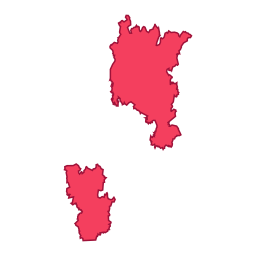 Acatlán, Puebla, Mexico
{"feature_id": "50627088B33588615579105", "entity_name": "Acatlán", "entity_type": "district", "adm_level": 2, "iso_a3": "MEX", "parent_name": "Mexico", "parent_adm1": "Puebla", "projection": "equal_earth", "projection_center": [-98.098, 18.124], "detail": "fine", "context": "isolated", "style": "filled", "palette": "rose", "viewbox_px": 256, "rotation_deg": 0, "n_neighbors": 0, "source": "geoboundaries", "source_scale": "gbopen_adm2", "svg_char_len": 5819}
<svg xmlns="http://www.w3.org/2000/svg" viewBox="0 0 256 256"><path d="M111.4,99.2L113.2,103.3L113.6,103.1L113.2,104.1L113.8,104.4L113.6,103.1L114.4,103.3L114.7,102.7L115.5,104.8L116.4,105.1L116.4,105.9L118.0,106.0L118.1,102.9L118.7,101.6L117.7,100.6L117.3,101.1L117.1,100.2L117.5,98.9L118.7,98.6L118.5,97.1L120.1,98.5L120.1,100.4L122.3,103.8L122.4,104.7L123.9,104.0L124.3,102.6L125.0,103.9L126.7,105.1L128.8,102.8L131.0,101.8L134.9,104.8L133.4,106.6L133.8,107.0L133.8,108.6L135.3,108.3L137.2,110.2L138.6,110.5L139.9,111.8L140.4,113.5L141.2,112.6L147.6,116.0L146.4,117.2L147.0,117.3L147.1,118.4L146.6,117.8L145.5,117.9L146.6,118.5L146.5,119.5L145.9,119.5L145.7,121.7L146.2,122.3L146.8,121.9L147.4,122.7L147.9,122.5L148.4,123.7L149.3,122.7L150.4,123.3L150.6,122.2L151.5,121.9L151.9,122.6L152.3,122.5L152.1,121.2L153.3,120.4L155.0,120.4L157.0,125.4L156.9,127.4L156.3,128.3L155.7,131.6L155.0,131.4L154.6,133.0L154.2,132.9L154.8,133.7L154.1,134.1L154.5,135.0L153.6,135.0L154.2,136.5L152.9,136.3L152.4,137.4L151.5,137.1L150.8,136.0L150.1,140.0L151.6,141.4L151.0,141.9L151.6,142.9L151.2,144.7L152.8,145.2L154.6,144.3L155.0,145.9L154.6,147.1L155.0,148.0L155.7,146.4L156.9,145.7L157.6,146.6L158.5,146.8L158.9,146.3L160.6,148.2L162.4,147.6L163.1,149.3L163.6,148.4L164.5,148.3L164.6,146.6L166.0,145.1L168.5,146.5L168.9,146.6L168.8,145.9L169.4,146.3L169.9,145.9L171.1,147.1L172.0,146.0L172.4,143.9L171.9,142.4L172.8,140.4L172.9,139.0L174.5,138.8L175.3,136.9L176.9,136.1L176.9,135.5L179.5,135.6L180.9,134.8L178.3,129.2L178.4,128.6L176.6,126.1L172.0,125.0L170.1,126.3L169.2,126.2L169.5,124.6L168.7,124.0L168.8,123.5L168.4,123.8L168.5,123.1L168.0,122.5L175.5,116.3L175.0,113.8L175.5,111.7L176.1,111.2L175.5,110.7L175.7,110.1L173.8,109.3L171.6,111.2L171.0,111.0L171.2,108.1L172.0,107.6L172.5,106.2L171.4,104.4L173.3,101.9L174.3,95.4L175.2,96.5L176.5,96.8L176.9,96.2L176.7,95.2L178.4,94.3L178.2,93.0L178.7,92.5L177.8,91.6L177.8,89.5L177.3,88.9L176.8,89.1L177.0,88.3L176.7,88.1L177.4,87.1L176.7,84.5L176.8,82.7L175.1,83.8L173.4,82.9L172.4,84.1L173.0,82.4L171.8,82.2L170.4,84.9L170.3,80.2L171.0,78.3L172.1,77.7L172.2,77.1L170.1,75.2L169.2,74.8L168.8,75.3L166.6,71.8L167.1,69.4L168.9,68.4L168.9,70.2L170.3,70.6L171.2,70.0L171.6,70.7L172.7,67.0L174.9,66.1L176.2,64.5L177.5,65.2L178.3,64.2L176.8,58.0L177.3,55.7L176.7,54.3L177.5,53.8L177.9,54.5L178.9,53.4L179.6,53.7L179.0,50.7L180.3,49.7L181.4,47.1L181.3,46.2L183.6,42.9L187.3,40.8L187.3,39.0L188.3,37.6L190.4,37.6L191.5,35.8L190.1,34.5L189.1,34.3L188.2,33.2L186.2,32.7L185.4,31.7L184.6,32.1L183.3,31.5L180.6,35.0L179.8,36.8L178.7,35.8L178.7,34.2L177.1,32.9L174.5,32.2L171.0,32.5L168.7,30.9L167.7,33.1L166.7,32.4L165.1,33.3L164.2,37.0L163.4,38.0L162.3,38.7L161.1,37.8L160.5,38.6L160.4,42.3L159.4,44.5L157.0,45.5L156.3,45.3L156.8,42.4L158.7,37.1L160.1,35.3L159.4,35.0L159.5,33.0L158.6,28.2L158.4,28.7L156.4,26.6L155.2,24.9L155.0,23.9L154.4,26.2L153.2,28.0L153.1,29.0L149.7,30.2L149.6,31.1L148.5,32.5L146.6,31.3L145.0,27.3L143.8,26.6L142.6,27.5L141.5,30.4L140.4,31.5L139.8,31.1L139.2,29.0L139.2,27.1L137.9,26.3L137.1,26.9L136.4,25.4L135.3,27.3L134.1,27.3L132.6,28.7L131.6,28.6L130.8,30.4L131.5,33.2L129.8,33.2L127.5,27.5L128.6,26.1L130.7,24.9L130.5,21.1L129.5,19.1L129.7,17.6L128.2,15.5L126.2,15.4L125.5,17.2L127.1,19.4L127.0,19.9L124.0,21.9L122.4,20.6L121.7,20.7L120.5,22.0L120.5,22.7L119.5,22.4L118.5,23.1L119.6,25.7L120.5,26.5L119.6,31.8L119.7,32.8L120.8,34.3L119.0,37.2L118.0,37.8L118.4,38.2L117.7,40.3L118.1,41.9L117.4,43.3L114.3,42.4L112.3,44.3L111.3,44.6L111.5,45.1L110.6,45.3L110.0,46.4L110.1,47.9L112.7,50.4L113.2,52.5L112.8,53.4L113.3,54.0L113.5,55.6L114.5,55.4L114.0,57.6L115.1,59.2L114.9,61.1L112.7,64.3L110.4,69.3L110.4,78.3L110.0,79.6L110.4,79.3L110.9,80.7L112.1,81.6L112.1,83.4L111.5,85.0L113.0,83.8L112.6,86.2L111.7,86.9L112.1,88.4L111.8,90.8L110.7,91.6L111.6,92.7L112.8,92.4L112.9,93.6L113.4,93.9L112.7,95.1L113.3,95.2L112.7,96.3L112.6,98.0L113.0,98.5L112.7,99.6L111.7,98.7L111.4,99.2ZM96.6,236.7L97.4,236.4L97.2,235.7L98.1,234.9L98.1,234.2L98.9,234.9L99.9,234.8L100.0,233.7L100.5,234.3L100.7,233.6L100.3,232.8L103.0,232.3L103.3,232.9L104.7,231.8L104.2,232.3L105.3,232.6L107.7,231.1L107.6,230.0L109.1,229.6L108.6,229.2L109.3,228.0L109.3,226.9L110.2,226.2L110.1,225.0L109.0,224.3L110.6,223.5L111.0,222.2L108.6,220.4L108.3,215.9L109.5,215.6L109.7,214.7L108.1,211.4L109.1,211.1L109.6,208.7L109.5,206.4L110.8,205.9L112.0,201.9L114.1,201.9L115.1,199.5L113.9,197.3L112.1,199.5L110.4,199.6L108.2,198.7L107.5,196.8L107.4,193.7L107.0,192.8L106.5,193.1L105.7,194.9L104.7,194.4L104.1,197.3L102.2,196.6L100.0,198.1L98.0,197.2L97.6,194.9L98.4,190.1L100.9,190.7L102.7,190.0L103.3,182.5L104.5,182.2L104.2,179.8L106.1,177.7L104.4,177.3L104.5,176.5L102.5,174.7L103.1,169.6L101.1,168.7L100.4,167.0L99.6,166.1L98.4,165.9L97.6,164.3L96.2,164.7L96.1,167.4L94.9,168.7L93.3,168.9L92.4,170.4L87.6,168.1L86.6,166.7L86.0,167.0L85.4,169.3L84.0,170.6L83.9,172.3L82.2,173.6L81.8,171.9L81.4,171.8L79.6,174.1L78.7,172.9L78.5,171.0L79.8,170.6L80.7,168.7L79.5,167.9L78.5,165.7L76.2,164.0L73.2,165.6L67.0,165.7L64.8,166.7L65.0,168.5L64.5,169.7L66.3,170.3L66.8,170.9L66.2,172.6L67.1,177.2L66.7,178.0L67.0,179.5L66.9,182.6L67.7,182.3L68.3,182.8L69.7,187.2L66.9,188.5L66.6,191.6L67.2,192.9L67.0,194.6L68.0,195.3L68.9,194.3L69.9,194.5L69.4,195.1L68.7,198.0L73.5,196.9L72.3,202.8L71.1,203.3L72.8,204.8L75.3,203.2L76.2,203.3L76.0,204.4L77.0,205.2L76.8,206.1L77.3,207.4L78.3,208.0L78.8,209.3L79.1,208.8L79.5,209.7L80.3,209.6L81.3,210.8L81.5,210.4L82.3,211.7L81.5,213.1L80.4,213.0L79.1,214.0L79.2,214.5L78.1,215.0L78.2,215.7L77.7,216.6L77.8,218.5L77.4,218.9L77.9,219.1L78.1,220.5L75.0,223.6L75.6,224.1L75.9,225.3L78.2,226.8L79.0,229.2L79.0,231.0L79.6,231.2L79.1,232.8L80.8,235.6L80.1,236.7L80.3,238.2L81.2,237.7L82.8,238.4L83.1,240.6L95.7,240.0L96.6,236.7Z" fill="#f43f5e" stroke="#9f1239" stroke-width="1.5"/></svg>